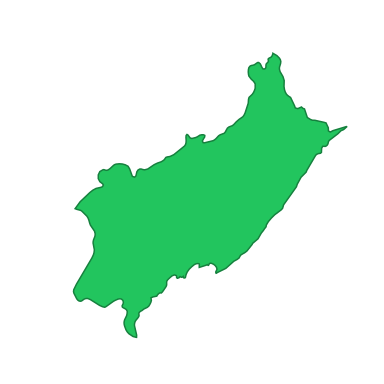 outline of Coquimbo, rotated 224°
{"feature_id": "CHL-2697", "entity_name": "Coquimbo", "entity_type": "Region", "adm_level": 1, "iso_a3": "CHL", "parent_name": "Chile", "parent_adm1": "", "projection": "mercator", "projection_center": [-70.868, -30.645], "detail": "fine", "context": "isolated", "style": "filled", "palette": "green", "viewbox_px": 384, "rotation_deg": 224, "n_neighbors": 0, "source": "natural_earth", "source_scale": "10m", "svg_char_len": 4492}
<svg xmlns="http://www.w3.org/2000/svg" viewBox="0 0 384 384"><g transform="rotate(224 192 192)"><path d="M264.5,98.8L265.7,107.4L265.1,120.7L264.6,124.4L263.5,127.9L260.5,132.5L260.1,133.8L260.7,135.5L262.1,135.8L265.4,135.4L268.7,136.5L271.3,139.2L272.5,142.7L271.4,146.4L270.7,147.0L269.0,147.8L268.2,148.6L267.8,149.4L267.5,150.3L267.2,152.1L267.0,155.9L266.8,157.7L266.0,159.3L263.8,161.9L261.5,163.8L258.9,165.2L255.9,166.1L252.9,165.3L245.8,161.8L243.6,162.8L243.5,164.6L245.7,168.2L246.1,170.3L245.5,172.3L244.4,173.3L243.0,174.0L241.5,175.0L239.8,177.8L238.2,185.4L236.9,188.9L235.3,192.0L234.8,193.5L234.4,195.5L234.5,196.8L234.7,197.8L234.8,198.8L234.2,200.0L232.7,202.0L232.3,202.8L231.0,206.3L229.3,220.0L229.7,221.8L230.6,223.4L232.0,225.0L234.4,227.2L235.5,228.6L235.6,229.9L234.6,230.2L230.9,229.6L229.3,230.4L227.3,233.5L226.5,235.4L225.8,238.4L224.7,240.0L223.4,241.2L222.1,241.6L221.1,240.4L220.6,238.1L220.0,236.0L218.3,235.2L217.3,235.9L212.5,243.5L212.0,245.1L211.8,247.1L211.9,250.9L211.5,252.7L209.6,256.7L209.8,258.6L210.4,260.5L210.9,262.6L210.6,264.5L209.1,267.6L208.8,269.5L208.9,273.2L208.6,276.9L207.7,281.4L207.9,283.2L208.7,285.7L213.2,294.9L215.8,298.0L216.7,299.7L216.5,304.0L216.9,306.4L217.7,308.6L218.6,310.5L221.7,313.7L224.6,314.4L227.8,314.3L231.6,314.9L233.0,315.8L234.9,317.4L236.5,319.3L237.5,321.0L237.7,322.9L237.2,324.2L236.3,325.4L235.5,326.9L234.8,330.6L234.0,331.5L231.8,331.6L228.2,330.2L226.4,329.9L225.2,331.0L225.1,332.2L225.5,333.1L226.9,334.6L227.5,335.5L227.6,336.3L227.6,338.2L227.9,339.2L229.4,340.3L229.7,341.0L229.5,341.9L228.9,343.6L228.8,344.5L229.0,345.7L230.0,347.9L230.1,348.0L225.7,349.1L222.0,349.0L220.3,348.5L218.8,347.6L217.5,345.9L215.8,342.6L214.6,341.2L212.3,339.8L206.7,338.2L203.1,336.2L199.1,331.8L196.6,329.9L194.6,328.8L192.2,328.0L190.5,327.9L188.6,328.1L186.8,328.5L178.0,325.2L176.1,324.2L173.8,325.5L172.3,329.2L170.4,329.2L168.8,329.9L160.8,325.7L157.1,326.5L155.2,327.3L153.5,328.9L145.5,333.8L143.6,334.8L138.6,332.9L136.3,330.7L134.2,331.2L133.2,334.1L126.4,346.3L126.0,346.3L126.2,343.0L126.4,341.9L127.4,339.6L127.5,335.3L129.1,324.5L128.8,322.9L128.1,321.9L127.6,320.9L127.3,319.7L127.4,318.4L127.8,317.4L128.6,316.7L129.3,316.1L129.7,315.7L129.2,313.6L126.4,310.4L126.5,309.1L127.9,307.2L128.5,305.6L128.5,304.1L124.4,287.2L123.7,285.6L123.8,278.3L121.7,270.7L120.5,268.3L117.2,246.4L115.5,243.2L115.4,241.3L116.7,233.1L116.8,228.4L116.5,223.8L115.6,219.9L115.2,219.3L114.8,218.8L114.5,218.1L114.3,215.8L113.9,213.8L113.6,210.5L112.0,204.2L112.7,197.1L112.3,196.0L111.5,187.7L111.8,185.6L113.1,180.8L112.9,179.2L112.3,177.2L112.7,174.8L113.8,171.3L114.6,160.6L117.8,151.7L118.0,150.6L118.2,150.3L118.8,150.5L119.4,151.1L120.4,153.9L122.3,154.9L124.4,155.2L126.2,155.0L128.3,154.3L129.3,153.6L129.7,152.6L129.5,151.6L129.2,150.8L129.4,150.4L130.6,150.3L131.0,149.1L134.4,142.8L135.5,143.9L136.3,145.0L137.1,145.3L138.5,144.2L139.4,142.8L139.9,141.3L140.3,138.0L140.4,134.5L139.9,131.2L138.8,128.3L137.3,125.8L137.7,124.9L138.3,124.5L138.9,124.5L139.7,125.1L139.8,124.3L140.1,123.7L140.5,123.2L141.9,122.9L141.9,122.3L141.7,121.7L142.0,121.0L142.3,120.5L142.3,120.1L142.6,119.8L143.5,119.7L143.8,119.9L144.7,120.8L145.2,121.0L147.1,120.1L148.1,117.8L148.4,114.8L148.5,111.9L148.2,110.4L147.5,109.4L145.9,107.8L145.3,106.9L144.9,105.6L143.9,99.8L143.9,98.1L144.7,97.4L145.2,96.7L145.4,95.2L145.3,93.6L145.0,92.6L147.2,89.4L148.0,87.4L147.0,86.6L145.9,85.8L144.9,83.9L144.2,81.7L143.8,79.7L144.1,77.7L145.3,74.5L145.7,71.7L146.1,70.7L146.3,69.5L146.2,68.3L145.7,67.5L144.4,66.5L143.8,65.5L143.4,63.2L143.3,61.2L142.9,59.2L141.7,57.1L140.4,55.8L132.4,50.6L130.9,48.9L131.0,48.8L134.0,47.1L139.0,46.2L141.4,46.4L143.7,47.0L147.1,48.6L148.6,49.5L150.0,50.7L151.0,52.0L151.7,53.3L153.2,57.8L154.2,59.4L155.6,61.1L157.0,61.7L158.5,61.7L161.0,61.0L162.0,60.8L162.6,61.1L163.2,61.6L163.5,62.4L163.7,63.1L164.0,63.9L164.7,64.9L166.3,66.0L168.2,66.0L169.6,65.2L170.8,63.6L172.0,60.7L172.6,58.7L174.1,50.5L174.4,49.2L174.8,48.4L176.7,47.3L179.8,46.2L190.4,44.0L193.0,43.0L194.3,41.7L195.1,40.3L195.4,38.8L195.6,37.5L195.9,36.6L196.5,35.8L197.7,35.1L199.1,34.9L200.7,35.1L206.5,37.1L208.0,38.0L209.2,39.6L211.1,45.5L218.1,74.8L219.3,78.3L220.4,80.4L222.1,82.6L227.6,86.5L228.6,87.6L229.5,89.0L231.1,92.8L232.5,94.6L234.9,96.1L242.1,97.6L244.1,98.6L246.6,100.1L248.8,101.1L250.8,101.6L258.1,101.7L258.8,101.6L259.8,101.2L262.8,99.5L264.5,98.8L264.5,98.8Z" fill="#22c55e" stroke="#15803d" stroke-width="1.5"/></g></svg>